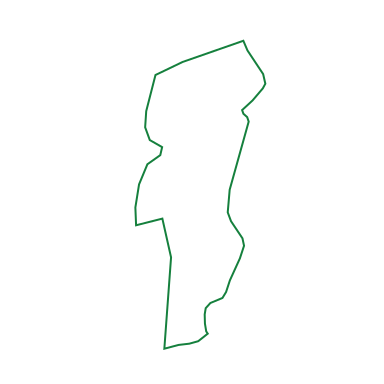 an SVG outline of Sal, rotated 13°
{"feature_id": "CPV-5056", "entity_name": "Sal", "entity_type": "state/province", "adm_level": 1, "iso_a3": "CPV", "parent_name": "Cabo Verde", "parent_adm1": "", "projection": "orthographic", "projection_center": [-22.924, 16.727], "detail": "fine", "context": "isolated", "style": "outline", "palette": "green", "viewbox_px": 384, "rotation_deg": 13, "n_neighbors": 0, "source": "natural_earth", "source_scale": "10m", "svg_char_len": 673}
<svg xmlns="http://www.w3.org/2000/svg" viewBox="0 0 384 384"><g transform="rotate(13 192 192)"><path d="M200.3,350.9L186.3,260.4L169.1,224.6L145.0,237.0L140.3,219.8L138.7,196.5L142.3,175.0L152.8,163.2L152.8,155.0L139.2,150.9L131.8,139.5L129.2,123.5L130.1,86.2L153.6,67.4L208.0,33.1L214.2,41.6L234.8,61.1L239.1,70.0L237.7,75.1L230.4,89.2L222.4,100.9L224.5,104.2L228.9,106.6L231.4,110.7L228.2,181.3L231.4,203.8L236.6,211.7L251.6,225.8L254.8,232.7L253.6,245.9L248.8,269.6L247.7,281.8L245.5,288.4L234.9,296.0L231.5,302.1L231.9,308.4L234.2,317.3L237.2,324.6L239.2,326.5L231.6,336.0L223.5,340.4L213.4,344.0L200.3,350.9Z" fill="none" stroke="#15803d" stroke-width="2"/></g></svg>